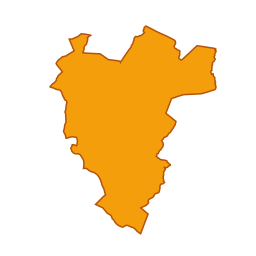 the district of Nandi Hills, Rift Valley, Kenya, rotated 277°
{"feature_id": "3690345B43837463822996", "entity_name": "Nandi Hills", "entity_type": "district", "adm_level": 2, "iso_a3": "KEN", "parent_name": "Kenya", "parent_adm1": "Rift Valley", "projection": "orthographic", "projection_center": [35.259, 0.122], "detail": "fine", "context": "isolated", "style": "filled", "palette": "amber", "viewbox_px": 256, "rotation_deg": 277, "n_neighbors": 0, "source": "geoboundaries", "source_scale": "gbopen_adm2", "svg_char_len": 5825}
<svg xmlns="http://www.w3.org/2000/svg" viewBox="0 0 256 256"><g transform="rotate(277 128 128)"><path d="M24.6,153.4L45.1,158.4L50.3,150.4L52.8,154.4L53.6,155.7L54.4,156.0L55.1,156.6L55.5,157.2L56.2,157.5L56.9,157.5L57.4,157.0L58.3,156.9L59.2,157.2L59.9,157.8L60.4,158.3L60.7,159.0L61.2,159.5L61.5,160.2L62.1,160.7L62.6,161.4L63.2,161.8L63.9,161.9L64.5,162.3L65.3,162.5L66.0,163.0L66.4,163.5L66.5,164.1L66.8,164.6L67.0,165.2L67.4,165.7L67.8,166.5L68.6,166.6L69.4,166.9L70.3,166.9L71.2,166.9L71.8,167.1L72.8,167.0L73.7,166.7L74.7,166.9L75.4,167.2L76.1,167.2L76.3,167.8L76.6,168.4L76.8,169.2L77.2,170.0L77.9,170.4L78.4,170.9L79.1,170.3L79.5,169.7L80.2,169.9L80.9,169.7L81.7,169.2L82.5,169.2L83.6,168.8L85.6,169.1L86.6,169.0L88.1,168.8L88.8,168.8L89.3,169.0L89.9,169.4L90.6,169.7L91.2,170.0L92.0,169.9L92.6,169.3L93.3,168.9L93.3,169.9L93.2,170.7L93.4,171.2L93.8,171.9L95.9,173.8L96.2,174.6L96.9,174.4L97.1,173.8L97.4,173.3L97.8,172.9L98.1,172.4L98.6,171.5L99.4,170.8L100.2,170.5L100.5,169.0L100.6,164.2L102.5,160.8L103.5,159.4L104.3,159.9L105.2,159.9L105.9,160.0L106.1,160.8L106.6,161.2L108.6,161.7L109.4,162.2L110.3,163.0L111.0,163.5L111.9,163.8L113.2,164.7L115.7,165.1L116.5,165.0L117.4,164.6L119.1,163.3L119.8,162.9L120.5,163.6L121.1,164.1L122.0,164.6L122.8,164.8L123.2,165.2L123.7,166.3L124.0,166.9L124.4,167.5L125.5,168.2L127.9,169.3L128.4,170.2L128.9,170.6L129.4,170.8L130.2,171.2L131.2,171.7L133.3,172.8L136.2,174.1L137.5,174.5L140.4,174.8L147.2,163.8L162.5,167.6L163.5,169.5L163.8,170.5L164.9,172.5L167.8,178.8L170.9,196.5L173.8,203.4L176.8,209.7L177.6,210.1L178.5,210.3L179.0,210.3L179.8,210.3L180.2,209.9L180.9,209.6L181.7,209.7L182.3,209.1L183.0,208.7L183.7,209.3L184.4,209.3L185.0,208.9L185.8,208.5L186.8,208.2L187.8,208.0L188.6,208.0L189.1,207.6L189.5,207.0L190.0,206.4L190.7,206.2L191.4,206.1L192.2,205.8L191.5,204.4L194.0,203.2L195.6,204.3L196.1,203.9L196.8,203.9L197.4,204.0L198.3,204.0L199.4,203.7L200.1,203.9L200.7,204.1L202.7,203.9L203.5,204.1L204.7,205.2L205.5,205.7L206.4,205.7L207.0,206.2L207.7,205.7L208.3,205.1L208.9,204.7L209.5,204.9L210.3,205.3L211.0,205.4L211.6,204.9L212.3,205.0L213.6,205.8L214.6,206.0L215.4,205.9L215.5,204.9L216.0,204.7L216.6,205.1L217.1,205.5L217.4,204.8L217.6,204.1L218.1,186.5L211.7,181.1L209.6,179.6L208.6,178.5L203.5,174.3L202.0,172.7L202.4,171.6L202.9,170.5L203.7,169.9L204.5,169.8L205.1,170.0L206.4,170.4L207.0,170.5L207.8,170.3L208.6,169.9L209.1,170.1L209.9,170.3L210.8,170.0L211.2,169.4L211.4,168.7L211.4,168.0L211.6,167.3L212.6,166.1L212.6,165.5L212.9,164.8L213.8,164.3L214.5,163.7L215.2,163.9L215.7,164.2L218.0,165.0L218.6,164.6L219.4,164.4L219.9,164.5L221.1,162.9L224.2,154.3L225.8,148.9L227.5,143.8L229.9,137.5L231.4,133.4L231.0,133.0L230.3,132.3L229.3,131.7L228.6,131.9L228.0,131.8L227.5,131.4L226.5,131.2L225.5,131.7L224.9,132.7L223.0,131.3L221.9,130.2L221.2,129.3L221.1,128.6L220.9,128.1L220.4,127.5L219.9,126.6L219.7,125.4L219.8,124.4L218.5,123.5L217.3,123.1L216.4,123.2L215.8,123.2L215.1,122.9L212.1,122.4L210.8,121.6L210.2,121.3L209.3,121.2L208.7,121.2L206.1,119.6L198.3,115.5L193.9,113.4L193.3,112.9L192.2,112.5L193.3,111.8L193.5,109.4L193.5,107.9L193.5,100.2L197.2,93.2L198.2,91.3L197.2,77.1L197.2,74.1L201.1,74.9L201.9,74.4L202.9,74.7L203.9,74.9L204.7,75.4L205.4,76.1L206.1,76.5L207.0,76.7L210.5,77.2L211.3,77.2L212.8,76.7L215.5,79.6L215.9,75.1L215.9,70.2L215.1,69.4L213.4,67.9L212.9,67.3L212.1,66.1L210.7,63.6L210.3,62.9L209.8,62.4L209.4,61.4L209.3,60.6L209.3,59.5L209.1,58.8L198.0,65.1L197.5,64.7L197.3,64.1L196.9,63.6L195.2,61.6L194.7,61.0L194.0,60.0L193.3,59.1L192.6,58.4L192.1,57.9L191.8,57.3L191.6,56.5L191.1,55.5L190.9,54.7L190.5,54.0L189.9,53.4L189.2,52.8L186.2,50.0L185.0,49.5L184.4,49.2L183.7,49.0L183.2,48.8L182.1,49.6L177.6,54.2L175.7,56.0L174.6,54.9L173.9,54.5L173.1,54.0L172.9,53.4L172.2,53.0L171.7,52.5L170.8,52.0L169.8,51.8L168.2,51.0L167.6,51.0L166.9,51.0L166.0,50.8L165.3,50.2L164.7,49.9L164.0,49.2L163.4,49.0L163.0,48.2L162.5,47.6L161.0,46.6L160.5,46.3L159.8,45.7L159.2,45.7L158.7,48.2L158.6,49.1L158.4,49.9L157.8,51.3L157.6,52.2L157.5,53.1L157.5,54.7L157.3,55.7L156.8,56.5L156.1,57.1L155.3,57.8L154.5,58.2L152.8,58.9L151.0,60.0L150.4,60.6L148.6,61.5L148.0,62.2L147.8,63.0L147.5,63.6L145.7,64.2L143.1,63.9L142.4,63.9L138.9,64.0L138.2,63.9L137.4,63.8L136.2,63.4L135.0,64.2L134.1,64.4L128.6,65.4L127.4,65.6L126.6,65.5L125.8,65.7L124.3,65.1L123.4,64.9L122.7,64.8L121.9,64.8L121.2,64.9L120.3,64.8L119.4,64.8L118.7,64.6L118.2,64.6L117.4,64.5L116.6,64.5L115.6,65.1L113.3,66.7L112.3,67.1L111.1,67.4L110.2,67.9L110.5,68.6L110.8,69.4L111.8,71.4L112.1,72.2L112.6,74.5L112.6,75.1L112.5,75.9L112.5,76.6L112.5,77.2L112.4,78.0L111.7,78.4L111.0,78.7L109.8,79.2L108.4,79.4L105.0,79.3L104.1,79.0L104.4,78.3L104.7,76.4L104.8,75.7L104.5,74.6L103.5,74.6L102.9,74.5L102.3,74.3L101.8,73.9L101.0,73.7L98.0,75.2L96.7,76.8L96.0,78.4L96.0,79.1L96.3,81.3L96.2,81.9L95.9,83.4L95.3,84.1L94.2,85.0L92.2,86.7L91.7,87.1L90.1,87.9L89.6,88.2L88.9,88.3L86.8,88.7L84.5,88.8L82.4,88.7L82.7,89.9L82.7,90.7L82.7,91.4L82.4,92.4L81.9,93.2L80.8,94.9L80.0,97.6L79.8,98.6L79.8,99.4L79.6,100.2L78.6,101.8L78.2,102.5L77.8,103.2L77.3,103.8L76.7,104.3L76.2,104.7L75.5,105.3L74.8,105.9L73.8,106.5L73.2,107.1L71.7,107.6L70.3,108.4L69.0,108.8L68.4,109.0L67.8,109.3L67.4,109.7L66.9,110.1L66.1,110.4L65.3,111.0L64.5,111.6L63.8,111.8L63.0,112.1L62.1,112.5L61.2,112.8L59.6,113.5L58.8,113.9L57.0,112.0L48.2,105.1L45.7,112.7L41.1,117.5L40.7,118.2L40.3,119.2L40.0,120.0L39.4,121.3L38.8,121.9L37.3,122.9L36.6,123.2L36.0,123.4L35.8,123.9L35.2,124.7L34.5,125.4L33.1,126.5L32.5,127.0L31.7,127.9L30.5,129.6L29.9,130.9L29.1,133.4L29.0,134.6L29.1,135.3L29.6,135.8L30.2,136.5L31.2,138.2L31.2,139.2L31.1,140.1L30.3,142.4L29.8,144.9L29.6,145.7L29.2,146.5L28.6,147.1L27.6,148.6L27.0,149.1L26.6,149.7L25.7,151.1L25.4,151.7L25.0,152.5L24.6,153.4Z" fill="#f59e0b" stroke="#b45309" stroke-width="1.5"/></g></svg>